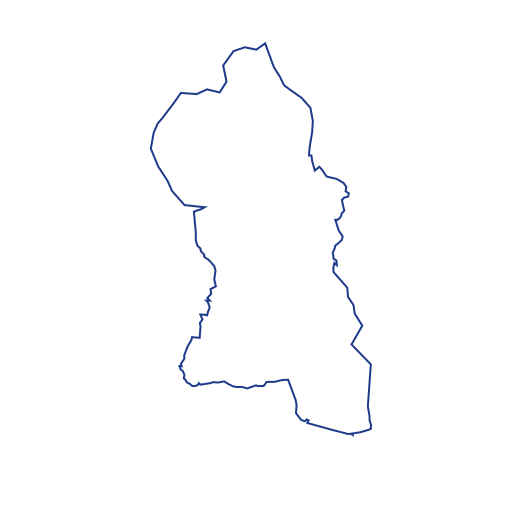 Sia, Larnaca, Cyprus (Robinson projection), rotated 341°
{"feature_id": "46923920B35097133451695", "entity_name": "Sia", "entity_type": "district", "adm_level": 2, "iso_a3": "CYP", "parent_name": "Cyprus", "parent_adm1": "Larnaca", "projection": "robinson", "projection_center": [33.386, 34.919], "detail": "fine", "context": "isolated", "style": "outline", "palette": "blue", "viewbox_px": 512, "rotation_deg": 341, "n_neighbors": 0, "source": "geoboundaries", "source_scale": "gbopen_adm2", "svg_char_len": 2416}
<svg xmlns="http://www.w3.org/2000/svg" viewBox="0 0 512 512"><g transform="rotate(341 256 256)"><path d="M333.9,58.0L333.9,57.9L333.2,58.1L332.7,58.3L323.5,61.0L313.4,55.0L312.8,55.0L301.4,55.0L287.0,65.2L284.9,81.5L274.9,89.5L263.9,82.5L263.3,82.6L252.5,83.6L252.4,83.5L238.1,77.4L237.8,77.6L226.5,85.7L212.7,94.9L206.1,98.8L199.5,106.0L195.5,113.1L191.5,120.3L192.7,139.7L196.8,156.0L197.8,167.2L205.0,184.6L213.7,188.7L223.4,193.2L219.3,193.9L214.0,193.8L211.7,193.9L206.7,214.3L204.2,221.5L204.0,227.3L205.9,230.8L205.4,233.3L206.4,235.7L207.5,238.2L206.8,239.3L207.3,241.0L209.5,243.4L211.5,247.6L213.2,252.0L213.0,256.5L208.9,264.6L208.2,271.6L202.3,272.5L201.2,277.2L196.3,279.9L197.9,283.2L194.5,282.0L195.5,284.1L195.5,289.5L192.4,293.2L190.4,296.2L188.1,294.6L184.3,293.2L184.7,298.6L181.1,301.1L180.5,305.0L178.9,308.4L176.1,315.0L169.1,311.9L167.5,314.5L162.0,319.1L155.7,326.7L154.8,329.8L149.9,333.5L149.9,336.1L147.8,335.2L147.8,338.5L149.4,341.1L149.6,345.2L147.9,348.2L149.2,350.7L149.3,352.8L151.8,355.4L153.5,358.2L156.1,359.1L159.1,359.1L160.6,357.6L161.7,359.6L167.9,360.7L171.7,361.4L174.4,361.3L178.9,363.3L185.0,364.2L188.1,367.9L191.9,371.8L195.8,373.9L200.1,375.2L204.7,378.4L207.7,378.3L213.9,378.3L215.5,379.6L220.7,381.3L222.6,380.4L225.0,378.5L232.5,381.0L240.9,381.9L246.1,383.5L246.6,405.2L245.8,410.3L242.6,417.6L245.3,425.6L248.4,428.2L250.6,427.0L252.2,428.5L250.2,430.6L252.6,432.3L272.0,445.6L285.5,454.5L287.6,454.8L289.1,456.7L289.3,455.2L297.1,456.6L306.0,457.0L308.3,456.8L309.2,454.3L309.5,453.8L309.7,453.6L309.9,448.4L311.2,444.4L312.8,434.6L325.8,404.0L329.3,395.9L317.5,370.7L333.8,356.5L330.6,342.7L332.2,334.1L329.7,324.7L332.0,315.7L324.1,296.6L325.2,292.4L327.8,288.2L329.4,291.0L330.6,286.4L328.5,284.1L329.2,280.9L329.6,277.9L333.1,274.2L334.4,272.0L338.8,270.4L342.3,268.8L344.3,265.8L342.5,258.8L342.8,247.6L345.0,248.4L347.4,247.4L349.8,245.6L350.5,244.0L354.2,241.9L354.9,235.3L355.5,230.9L358.5,229.5L362.5,229.8L364.2,227.0L361.8,224.0L363.9,220.0L362.8,216.3L362.6,215.5L357.3,209.3L348.7,203.9L346.3,195.5L344.9,192.3L339.4,194.3L340.0,184.7L341.1,179.0L338.9,178.3L339.6,176.4L339.7,176.1L342.3,170.3L349.5,157.0L353.7,146.8L355.7,133.6L350.6,121.3L341.0,108.0L338.2,103.8L338.0,102.5L337.2,96.4L337.1,94.9L334.7,84.7L334.4,83.3L334.3,81.0L334.1,68.2L334.0,65.8L334.0,61.9L333.9,60.2L333.9,58.0Z" fill="none" stroke="#1e3a8a" stroke-width="2"/></g></svg>